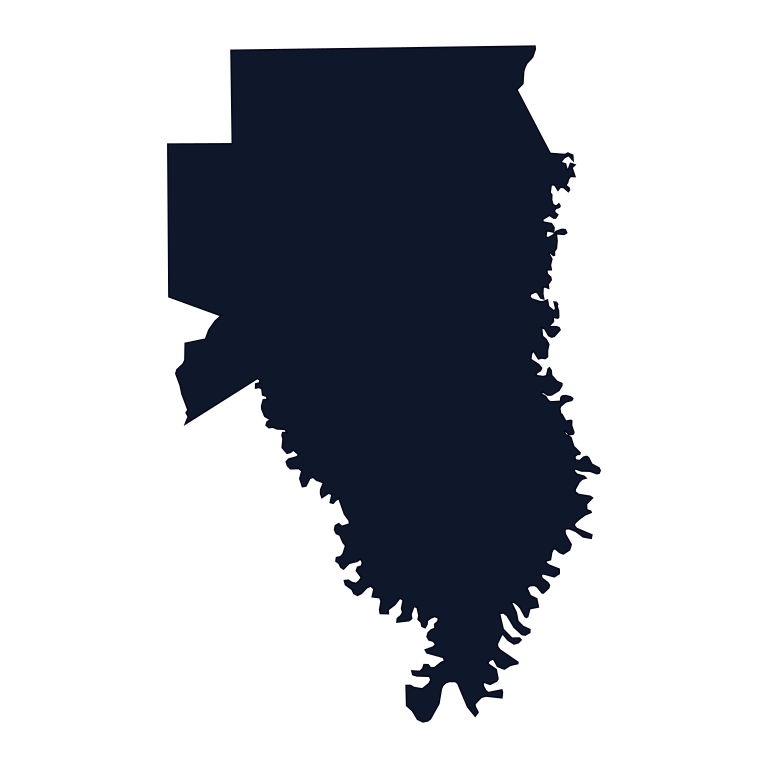 outline of San Pedro, Misiones, Argentina
{"feature_id": "61730980B51205763692060", "entity_name": "San Pedro", "entity_type": "district", "adm_level": 2, "iso_a3": "ARG", "parent_name": "Argentina", "parent_adm1": "Misiones", "projection": "orthographic", "projection_center": [-53.77, -26.751], "detail": "fine", "context": "isolated", "style": "filled", "palette": "ink", "viewbox_px": 768, "rotation_deg": 0, "n_neighbors": 0, "source": "geoboundaries", "source_scale": "gbopen_adm2", "svg_char_len": 6123}
<svg xmlns="http://www.w3.org/2000/svg" viewBox="0 0 768 768"><path d="M168.9,296.8L221.0,315.8L215.0,321.2L208.9,329.9L205.5,339.1L185.2,343.3L184.9,360.2L183.0,364.0L176.9,369.7L175.8,373.6L180.2,385.6L181.9,393.9L187.9,409.9L186.1,412.9L188.2,416.5L185.2,424.1L257.5,378.4L260.1,380.3L259.4,382.9L255.6,383.9L255.6,388.1L259.2,387.4L261.9,388.9L262.6,395.0L266.4,396.3L267.5,399.3L263.3,399.8L261.6,406.1L261.9,409.3L264.7,416.3L270.7,419.9L267.2,421.7L266.1,425.2L268.9,427.7L273.0,427.2L276.9,428.9L285.1,429.4L286.8,432.5L282.7,432.6L282.0,435.3L283.0,439.1L282.2,447.6L287.0,453.3L290.2,452.5L293.5,450.1L298.8,454.8L296.7,456.8L288.6,459.1L286.2,461.8L287.5,465.9L290.6,468.8L298.9,468.6L301.8,470.9L299.8,478.6L302.4,486.7L306.0,486.0L309.8,478.4L313.2,477.2L316.3,480.1L323.5,482.7L320.6,489.8L320.6,493.8L321.9,497.7L328.5,493.2L332.0,494.4L330.2,502.5L333.1,503.3L335.9,500.2L338.9,498.5L344.5,514.3L349.1,520.5L349.5,524.0L341.8,526.4L338.7,523.6L335.4,525.6L334.5,529.7L336.2,533.5L339.9,535.2L343.0,542.5L345.6,545.7L343.1,553.7L340.7,556.6L336.5,557.6L335.9,561.2L339.1,563.5L340.7,567.1L343.5,569.1L349.2,563.3L357.2,561.4L360.4,558.9L362.4,562.2L361.5,565.9L357.5,567.3L356.3,570.7L361.3,577.4L359.1,581.0L356.0,583.4L351.9,582.5L348.4,580.2L344.4,580.6L345.4,584.7L352.1,589.6L353.8,593.5L357.4,595.4L361.2,593.6L367.0,587.6L370.8,586.1L373.9,588.9L372.2,596.8L379.8,597.7L381.1,601.2L379.6,609.6L380.2,613.5L388.4,613.7L388.2,609.7L394.8,604.7L399.9,598.1L403.2,600.2L401.5,608.4L402.7,612.4L400.7,615.8L397.4,618.3L396.9,622.1L408.9,620.7L411.7,618.6L411.0,614.4L413.8,606.5L417.1,607.4L418.9,615.5L418.1,619.5L421.1,622.2L422.0,626.4L425.1,627.7L427.0,624.4L427.4,620.5L430.8,618.1L434.6,616.5L438.4,617.9L437.9,621.4L434.7,624.2L435.0,628.4L431.0,629.9L428.1,632.9L427.0,636.7L428.9,640.0L433.1,641.1L435.7,644.3L433.1,647.1L425.2,649.8L426.9,652.9L443.2,657.4L444.8,660.8L440.9,662.6L434.4,667.8L430.6,667.8L428.1,664.7L424.0,664.6L422.7,668.7L419.8,671.4L411.8,670.9L412.8,674.7L416.8,675.9L429.5,676.3L430.9,679.8L428.9,683.6L422.3,688.9L414.0,687.5L410.4,685.4L406.1,685.4L406.6,705.6L412.4,710.8L417.5,719.3L423.0,721.9L427.8,720.9L430.4,718.9L438.9,703.7L441.4,688.8L442.8,685.6L445.8,682.7L449.2,681.5L455.4,681.5L457.8,683.5L467.6,706.9L475.2,716.2L478.1,712.2L475.1,706.5L475.0,703.9L481.4,697.2L486.2,696.1L501.9,697.8L502.5,692.3L501.8,689.9L488.4,692.6L485.9,690.7L483.6,686.6L483.0,683.8L483.8,682.1L490.1,684.4L496.6,681.1L498.0,678.9L496.2,669.5L488.6,664.3L487.9,662.6L490.0,660.2L492.7,659.2L494.0,660.0L497.5,666.4L504.3,669.1L510.3,665.3L517.8,663.6L517.9,662.2L499.8,649.8L497.7,646.9L497.3,643.9L501.6,635.0L502.9,634.0L508.0,640.2L514.0,644.0L518.3,642.8L521.1,639.9L519.4,638.0L511.9,638.2L503.2,629.2L499.5,613.5L503.5,612.9L507.1,615.6L514.1,627.3L522.0,634.6L525.2,635.1L529.8,632.5L529.9,629.5L523.0,626.4L517.9,621.1L516.2,612.3L511.3,602.4L513.9,602.2L517.4,604.8L520.3,607.9L525.0,616.6L526.5,617.5L527.8,616.5L529.8,608.7L538.4,607.0L536.7,598.7L530.3,595.6L526.9,588.1L529.9,585.7L534.5,585.4L537.2,586.9L542.1,593.0L543.3,593.1L548.8,587.9L549.4,585.0L547.8,582.6L542.1,578.2L541.0,575.1L543.3,573.8L554.3,576.8L559.2,573.7L559.2,569.1L549.3,565.2L546.2,563.0L545.7,561.1L550.5,559.7L551.6,552.6L553.4,548.8L555.6,549.0L559.5,552.4L563.3,554.0L569.6,549.9L571.2,544.5L565.2,534.0L564.9,530.6L565.8,528.9L569.1,528.7L575.7,531.3L583.2,536.9L591.2,538.3L591.9,534.9L576.6,528.4L574.1,525.3L575.2,522.8L579.3,519.1L585.0,515.0L591.2,512.4L590.7,511.2L586.7,509.7L586.5,504.0L592.5,497.9L590.2,496.3L578.6,494.4L575.0,491.7L575.3,489.1L579.3,481.9L582.3,479.1L586.1,478.1L584.0,476.2L576.8,474.1L574.5,471.5L574.3,469.7L575.4,468.9L581.4,471.0L590.0,471.2L596.7,473.7L599.1,473.2L600.2,470.4L598.9,467.8L591.9,464.2L588.5,457.6L586.7,456.4L583.5,457.2L579.9,460.6L575.6,460.0L574.7,456.7L577.0,454.6L579.7,454.2L580.1,452.7L573.8,446.5L570.9,437.4L565.5,434.6L564.3,431.7L565.3,430.7L569.0,434.8L573.2,434.1L573.9,432.4L571.5,425.3L571.8,421.0L570.8,420.3L565.8,421.2L562.0,414.4L560.8,414.1L559.8,408.5L560.5,406.4L565.7,402.0L571.8,400.3L572.8,398.5L570.7,396.9L566.0,395.6L562.4,395.9L560.9,397.5L560.6,401.3L550.5,401.9L548.3,400.5L545.6,396.4L541.1,394.0L542.8,391.9L547.7,395.1L551.5,395.0L559.0,390.4L561.9,385.4L561.9,383.5L556.9,381.3L551.6,375.3L551.2,370.5L549.4,367.8L548.2,368.7L546.6,375.7L543.2,376.6L536.4,375.6L536.3,373.2L540.5,370.6L541.6,368.0L538.6,364.5L530.8,359.4L531.5,353.6L533.6,351.0L538.4,358.9L541.9,358.0L545.2,358.6L547.5,356.8L547.5,350.5L548.8,344.4L546.2,339.4L542.5,336.3L541.5,327.6L544.8,328.9L548.6,335.6L551.6,337.1L554.2,336.4L560.1,329.9L559.0,327.6L556.2,326.6L550.4,326.8L549.5,325.6L553.5,321.5L553.1,317.2L557.7,318.2L558.7,317.1L558.5,310.8L557.0,305.8L557.7,304.3L556.4,302.3L554.1,302.0L555.7,308.5L554.6,310.5L553.3,310.5L548.6,306.5L547.4,300.0L542.8,301.7L539.9,301.6L531.8,298.9L529.7,296.5L531.0,293.9L535.8,291.9L537.6,292.9L540.7,298.0L543.7,298.9L542.8,293.9L543.1,287.5L544.8,286.8L548.6,288.3L548.1,284.3L551.2,279.9L550.7,277.2L547.7,274.5L546.8,271.7L547.4,269.7L551.3,269.8L550.4,264.9L551.9,259.1L548.7,253.1L550.3,252.7L553.4,255.5L554.5,255.2L554.4,251.4L556.4,248.5L557.1,240.8L556.3,233.8L564.2,234.4L566.7,232.8L565.3,229.7L561.9,229.3L556.1,231.4L553.3,234.9L549.0,237.4L547.3,237.6L545.9,236.6L546.5,231.6L547.8,230.9L553.6,232.1L554.1,227.6L551.5,223.6L543.1,222.0L542.6,219.4L549.5,215.3L553.7,218.1L555.6,218.1L557.8,214.8L555.0,212.6L554.4,210.6L555.5,208.8L559.5,207.2L560.1,205.9L558.9,203.8L556.2,206.2L552.9,204.5L551.6,199.9L551.8,194.8L550.1,192.6L551.1,185.6L552.5,184.6L554.8,185.2L558.0,190.3L560.3,187.3L563.6,187.4L568.3,191.6L569.5,189.9L569.0,187.9L565.7,185.4L567.6,182.6L568.4,179.3L570.4,176.4L575.0,176.6L572.0,167.7L575.0,164.8L570.5,163.4L568.5,168.9L567.1,169.7L565.5,163.9L561.9,162.8L561.2,161.5L564.5,157.6L568.6,155.5L573.1,160.5L572.8,155.2L567.9,153.0L565.1,154.5L550.2,153.4L516.9,89.7L522.9,83.7L523.7,71.1L525.0,67.1L526.8,63.4L532.6,57.1L535.3,49.1L535.0,46.1L231.0,50.3L232.3,143.8L167.8,144.1L168.9,296.8Z" fill="#0f172a" stroke="#020617" stroke-width="1.5"/></svg>